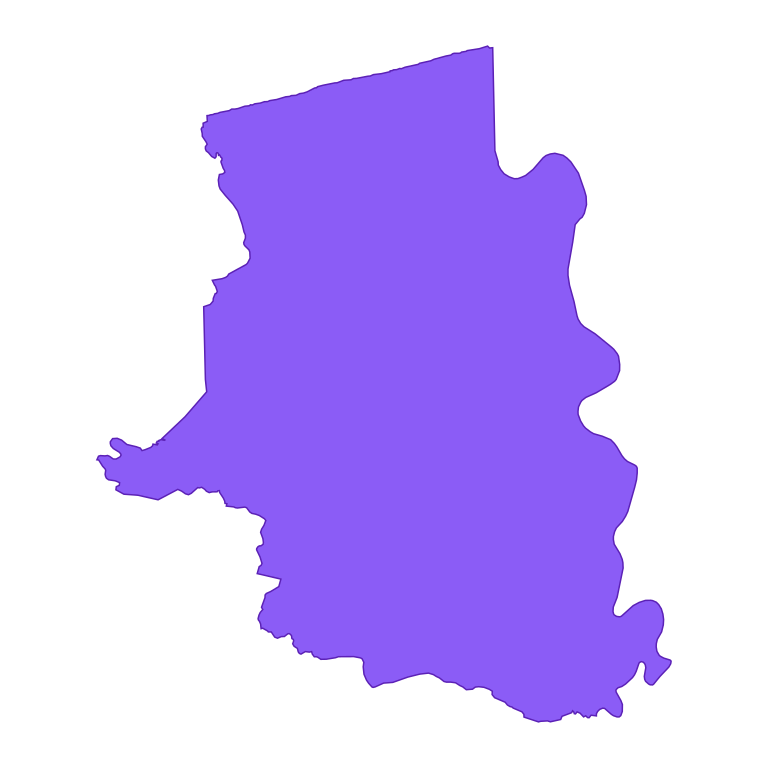 Agua Dulce, Veracruz, Mexico
{"feature_id": "50627088B60707698432893", "entity_name": "Agua Dulce", "entity_type": "district", "adm_level": 2, "iso_a3": "MEX", "parent_name": "Mexico", "parent_adm1": "Veracruz", "projection": "orthographic", "projection_center": [-94.163, 18.09], "detail": "fine", "context": "isolated", "style": "filled", "palette": "violet", "viewbox_px": 768, "rotation_deg": 0, "n_neighbors": 0, "source": "geoboundaries", "source_scale": "gbopen_adm2", "svg_char_len": 6058}
<svg xmlns="http://www.w3.org/2000/svg" viewBox="0 0 768 768"><path d="M494.9,150.7L492.7,47.7L489.5,48.0L487.6,46.1L479.3,48.7L467.1,50.6L466.3,51.3L461.5,52.1L460.8,52.8L459.3,53.3L454.1,53.3L452.7,53.7L450.8,55.1L446.0,56.0L433.9,59.3L430.8,60.8L419.5,63.3L418.4,64.3L405.1,67.2L401.4,68.7L399.7,68.5L396.8,69.6L393.2,69.9L392.7,70.5L390.1,70.9L390.0,71.7L381.2,73.7L373.4,74.6L370.3,76.0L367.9,76.2L356.5,78.4L353.4,78.5L351.0,79.8L343.7,80.3L337.1,82.8L334.8,82.9L323.3,85.2L317.5,86.7L316.6,87.7L314.6,88.0L307.0,91.9L303.4,93.1L299.7,93.6L296.1,95.3L291.3,95.6L289.7,96.4L285.7,96.8L276.7,99.5L269.8,100.6L267.6,101.6L264.4,101.7L260.2,103.1L254.8,103.8L252.4,105.0L250.5,104.8L249.1,105.8L244.8,106.2L238.1,108.5L234.8,109.1L231.7,109.1L229.3,110.6L219.9,112.4L217.9,113.3L214.4,113.8L213.1,114.5L210.1,114.9L209.1,115.4L207.0,115.6L207.3,121.4L203.1,123.2L203.2,127.1L202.2,127.2L201.2,129.0L202.2,133.4L202.3,136.3L206.0,141.8L207.2,144.2L205.4,146.7L205.4,148.9L206.2,150.9L208.5,152.7L211.7,156.5L213.0,157.2L214.9,158.2L216.1,156.8L216.2,153.6L216.6,152.9L217.7,152.8L218.2,153.5L218.5,155.3L219.5,154.8L221.0,157.4L221.6,157.7L222.0,158.6L221.8,160.4L221.0,161.1L221.0,162.1L223.2,168.3L224.5,170.4L224.8,172.4L222.7,173.9L219.4,174.5L218.3,180.0L219.0,185.9L220.2,189.1L225.2,195.3L233.0,204.1L237.7,211.1L242.3,224.7L244.0,231.9L245.4,235.1L245.4,238.2L243.7,242.6L244.0,244.5L245.1,246.1L248.9,249.8L249.8,252.0L250.1,258.2L247.5,263.2L246.2,264.5L228.8,274.0L227.5,276.1L225.6,277.4L222.0,278.7L212.3,280.3L214.5,284.9L215.6,286.4L217.3,291.4L216.4,293.4L215.2,293.6L213.3,298.3L213.1,301.1L210.2,304.5L203.7,306.7L205.4,379.6L206.7,391.8L185.0,416.8L162.1,438.5L164.8,440.0L164.3,440.3L161.1,439.6L158.8,440.5L158.8,441.2L157.2,441.3L156.3,443.0L158.0,443.8L157.3,444.9L153.0,444.1L152.6,445.8L150.8,447.4L145.1,449.7L142.0,450.6L140.3,448.1L136.2,446.7L126.9,444.5L121.6,440.1L117.2,438.3L112.6,438.6L110.3,441.8L110.3,443.5L110.9,445.8L113.3,448.5L119.4,452.3L120.9,454.2L121.0,455.3L120.1,456.8L116.2,459.0L113.3,459.0L109.5,456.3L107.6,455.5L105.0,455.9L100.4,455.6L98.5,456.2L96.9,459.8L98.7,460.0L102.6,466.2L105.1,468.9L105.7,470.3L105.1,474.3L105.6,476.5L106.5,478.3L108.6,479.8L115.2,480.8L119.6,482.6L119.3,485.3L116.3,486.7L115.9,489.8L123.9,494.2L137.7,495.2L158.1,499.8L177.8,489.4L181.6,491.1L185.4,493.8L188.5,494.7L191.3,493.3L197.7,487.6L199.3,487.9L201.7,487.3L204.7,489.3L206.4,491.2L209.2,492.6L212.1,491.9L217.1,491.8L217.9,490.8L219.4,490.6L219.6,492.4L223.4,498.2L224.7,501.1L225.0,503.4L226.9,503.7L226.3,506.1L233.7,506.9L235.4,507.7L237.4,508.0L244.8,507.1L246.6,507.7L249.8,512.0L251.9,513.4L255.7,514.2L259.3,515.5L264.5,518.8L265.8,520.5L264.0,525.3L261.6,529.2L260.6,532.3L262.9,538.6L263.4,542.4L263.1,544.3L261.0,545.8L259.3,545.9L258.0,546.7L256.7,548.5L256.6,549.8L260.0,556.9L262.0,563.4L261.1,565.4L259.2,566.6L257.2,573.6L280.9,579.1L278.8,586.6L270.7,591.5L266.3,593.5L265.1,595.0L265.0,597.6L261.5,607.3L262.8,609.5L260.2,612.5L259.0,615.1L258.1,618.5L258.3,619.8L259.5,621.4L260.6,624.0L261.1,628.7L262.7,628.2L267.6,631.0L268.3,631.9L271.3,632.0L274.7,637.1L277.5,638.2L281.3,636.6L284.4,636.5L287.8,633.8L289.2,633.6L290.4,634.4L291.5,635.7L291.9,638.6L293.3,639.4L293.7,640.8L292.7,643.8L294.1,646.3L297.4,648.4L298.2,651.7L298.7,652.7L299.9,653.7L301.0,654.1L305.3,651.6L309.4,652.1L311.6,651.6L312.3,654.1L314.3,656.8L316.3,656.7L317.9,657.3L320.8,659.3L326.4,659.2L335.6,657.7L338.4,656.7L353.8,656.6L360.5,657.9L362.1,658.8L363.8,662.3L363.2,666.8L364.0,674.3L366.5,680.1L368.6,683.2L372.0,687.0L373.1,687.4L375.2,686.9L383.6,683.1L392.8,682.4L407.8,677.1L419.8,674.1L428.5,673.1L433.4,674.6L436.4,676.5L439.4,677.9L444.0,681.5L446.4,682.1L450.6,682.1L455.6,682.8L459.8,685.5L462.8,686.9L466.3,689.7L472.5,689.2L475.3,687.1L478.7,686.7L484.0,687.3L489.3,689.3L492.3,691.2L492.1,694.6L494.6,697.7L505.1,702.2L507.4,705.0L510.1,706.6L511.8,706.9L513.2,708.1L521.9,711.8L523.9,714.3L524.0,717.1L538.5,721.9L540.6,721.3L547.5,720.9L550.4,721.8L560.7,719.5L562.0,716.3L571.6,712.7L572.6,710.8L573.8,712.0L574.3,713.7L575.5,713.9L577.1,711.9L580.1,713.2L583.6,716.9L585.7,715.8L587.6,717.6L589.1,717.7L591.1,715.2L596.4,715.9L596.4,713.8L597.6,711.5L599.7,709.4L602.6,708.2L604.6,708.4L611.3,714.3L613.5,715.7L617.0,716.9L619.2,716.9L620.8,715.6L622.3,711.5L622.4,704.5L620.9,700.6L616.2,692.2L615.9,690.4L616.3,689.4L618.1,687.7L621.8,686.5L625.6,684.0L632.5,677.6L634.5,674.8L636.2,671.3L638.9,663.4L639.5,662.5L641.2,661.6L643.1,662.1L644.5,663.4L645.3,665.0L645.8,667.7L644.3,676.4L644.7,679.3L645.6,681.3L648.6,684.0L650.1,684.8L652.6,684.9L653.6,684.2L659.9,676.5L668.8,667.1L670.7,663.8L671.1,661.5L670.8,660.6L670.0,660.0L663.8,658.1L660.4,656.3L659.2,655.3L656.9,651.3L656.2,646.9L656.3,643.7L657.3,639.4L661.6,631.9L663.3,624.9L663.6,619.5L662.9,614.1L661.3,608.8L658.7,604.6L656.3,602.2L652.6,600.6L650.8,600.3L645.4,600.4L639.2,602.4L633.2,605.6L621.3,616.3L619.7,616.8L616.6,616.4L614.2,614.9L613.6,613.9L613.0,611.5L613.3,607.0L617.1,597.4L623.1,568.1L622.9,562.7L622.2,559.3L620.0,553.8L614.2,544.2L613.4,539.7L613.4,536.5L614.6,531.7L616.4,527.9L622.3,521.5L625.6,516.2L627.8,511.5L634.7,487.2L636.5,479.8L637.2,473.0L637.2,468.1L636.4,466.3L634.8,465.1L627.5,461.5L624.5,458.9L621.9,455.6L616.9,447.0L614.3,443.4L610.7,439.7L602.3,436.2L593.6,433.7L590.3,431.8L585.5,428.1L583.5,425.8L580.6,421.0L578.1,414.4L578.0,411.4L578.5,406.9L580.7,402.2L582.0,400.4L585.9,397.4L596.3,392.7L610.6,384.2L614.7,381.2L616.2,379.4L619.6,370.6L619.7,364.5L618.5,356.2L617.2,353.7L613.8,349.3L611.5,347.2L595.2,333.9L584.0,326.8L580.7,323.5L578.1,319.1L577.0,315.7L574.0,301.5L569.5,285.2L568.0,275.4L568.0,269.0L572.7,242.2L575.2,224.6L580.0,218.8L582.1,217.3L584.3,213.4L586.5,204.7L586.1,196.3L584.4,190.3L578.4,173.1L570.8,161.8L566.9,158.0L563.1,155.3L554.9,153.3L550.2,154.0L546.1,155.5L543.2,157.7L533.1,169.4L525.6,175.5L521.7,177.2L517.9,178.6L514.2,178.7L509.2,176.9L504.1,173.8L500.7,169.6L498.3,165.1L498.1,161.7L494.9,150.7Z" fill="#8b5cf6" stroke="#5b21b6" stroke-width="1.5"/></svg>